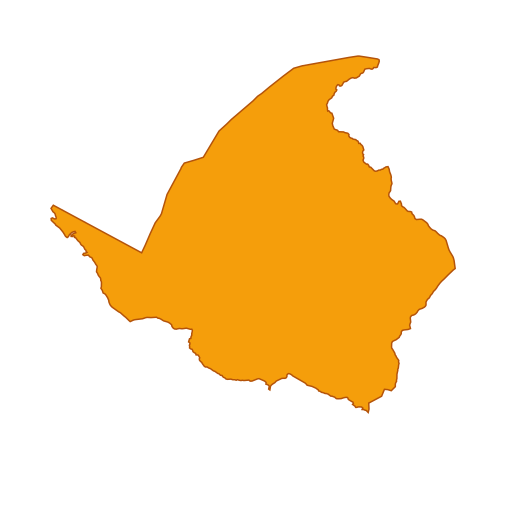 outline of Malava, Western, Kenya, rotated 258°
{"feature_id": "3690345B31807063616851", "entity_name": "Malava", "entity_type": "district", "adm_level": 2, "iso_a3": "KEN", "parent_name": "Kenya", "parent_adm1": "Western", "projection": "mercator", "projection_center": [34.832, 0.47], "detail": "fine", "context": "isolated", "style": "filled", "palette": "amber", "viewbox_px": 512, "rotation_deg": 258, "n_neighbors": 0, "source": "geoboundaries", "source_scale": "gbopen_adm2", "svg_char_len": 6068}
<svg xmlns="http://www.w3.org/2000/svg" viewBox="0 0 512 512"><g transform="rotate(258 256 256)"><path d="M122.1,241.7L125.6,243.1L126.6,244.2L127.4,245.9L128.2,248.1L129.5,249.9L130.9,255.8L130.6,257.9L130.3,258.9L130.7,260.4L131.8,261.2L133.0,261.4L133.9,262.3L134.2,263.5L133.6,264.8L132.3,266.2L131.1,267.0L121.6,277.6L120.3,278.5L119.0,279.1L116.8,283.7L114.2,287.2L113.2,288.0L112.3,289.0L111.0,289.2L110.4,290.4L109.0,291.8L108.3,293.4L107.2,294.9L106.7,296.5L105.9,297.8L103.4,300.0L103.0,301.4L102.2,302.5L101.7,303.5L99.8,304.9L99.3,306.5L98.8,309.6L99.1,312.2L99.1,314.0L98.8,315.7L97.8,316.4L96.5,316.5L93.8,319.3L93.0,320.4L91.5,320.6L90.8,319.6L88.5,321.6L87.2,322.0L87.0,323.1L87.1,324.6L86.8,326.3L86.3,327.9L85.0,328.9L83.8,327.9L83.3,329.6L82.5,330.6L82.0,331.7L79.6,333.2L82.8,334.7L88.7,335.7L92.7,349.7L98.9,353.9L97.9,357.1L96.1,360.3L99.2,365.1L101.9,365.7L103.1,366.4L104.1,367.4L105.4,367.6L106.8,368.3L111.1,369.3L114.6,370.9L115.8,371.1L116.8,371.9L119.9,372.9L121.2,373.6L122.7,373.4L124.2,373.9L127.7,372.4L129.2,372.1L130.6,371.5L132.0,371.6L136.4,370.2L137.6,369.6L139.0,369.7L142.6,370.6L143.8,371.5L144.3,372.5L145.0,375.7L146.6,379.1L148.0,380.1L149.1,381.4L150.0,382.0L151.5,382.3L152.8,383.6L152.9,385.5L152.5,389.4L152.9,392.0L156.4,391.9L157.9,392.7L159.2,393.6L163.3,394.0L164.5,394.6L165.5,396.1L165.5,397.8L165.8,399.1L166.4,400.4L167.6,402.0L168.9,403.1L169.9,404.7L170.2,407.7L171.0,410.2L171.8,411.4L172.7,412.1L175.6,412.7L177.2,414.0L178.4,415.5L179.0,416.8L181.1,418.5L182.5,420.5L184.4,422.2L185.8,424.4L187.2,426.0L188.8,427.5L191.0,430.0L192.7,432.3L194.4,435.2L197.7,440.2L201.4,446.2L202.3,448.2L210.2,448.8L213.0,448.7L214.6,448.4L219.8,446.6L221.6,446.1L223.9,445.8L231.6,445.2L233.3,444.7L234.5,444.0L235.9,442.8L237.3,441.4L238.1,440.1L240.5,438.3L241.9,437.5L243.4,436.4L244.7,434.2L246.1,432.9L247.8,431.9L249.6,431.0L251.4,430.7L253.0,429.9L256.6,426.8L257.5,425.7L257.9,424.0L258.3,420.5L259.6,419.2L261.1,419.2L262.8,418.8L265.0,417.4L266.6,417.4L267.3,416.5L268.1,413.9L269.0,413.1L271.5,411.7L272.8,410.8L273.7,409.7L275.0,408.8L276.6,409.1L279.6,408.6L279.8,407.2L277.5,405.3L277.8,403.8L279.3,403.0L280.8,402.6L283.2,400.4L284.7,399.4L286.8,398.5L288.3,398.6L289.9,399.2L291.9,401.2L295.6,402.3L296.9,402.9L298.4,404.0L299.9,404.1L301.5,404.0L303.5,404.2L304.7,404.7L306.0,404.8L307.6,404.7L310.6,404.2L313.3,404.3L316.0,403.7L316.1,401.6L315.5,400.1L315.2,398.9L314.5,398.0L314.7,396.7L314.2,395.5L314.5,394.1L314.0,392.2L314.0,390.7L314.7,389.4L319.0,386.7L319.5,385.4L321.4,385.0L322.7,384.3L322.8,383.2L325.5,380.9L327.6,380.6L328.9,381.6L330.2,381.9L331.6,381.5L332.8,382.3L333.8,381.6L335.4,381.8L336.5,382.4L337.3,383.5L341.0,383.2L342.3,382.6L343.4,381.7L344.5,381.4L344.8,379.9L346.1,379.9L347.3,379.5L348.1,378.4L349.1,377.8L350.1,375.3L351.1,374.5L351.6,373.4L352.6,372.3L354.1,371.7L355.5,372.2L357.0,371.3L358.3,368.4L359.1,367.6L360.4,362.6L362.0,361.9L363.8,359.0L367.5,358.2L369.9,358.2L374.6,360.6L379.9,359.9L380.5,358.7L382.9,357.4L382.9,356.3L384.2,356.3L386.0,356.7L387.8,356.5L389.5,356.6L390.7,357.7L392.3,358.5L393.7,360.0L395.0,363.0L396.4,364.0L397.1,365.6L398.5,366.2L399.7,367.2L400.6,368.8L401.7,369.6L402.7,368.8L404.4,369.4L405.7,370.4L406.6,371.6L406.2,372.7L405.0,373.0L404.6,374.2L405.0,375.5L407.8,377.9L408.1,379.6L408.0,380.9L409.7,384.2L410.3,386.2L410.3,387.9L409.5,389.2L409.3,391.1L410.5,394.5L412.4,396.1L412.8,397.2L412.8,398.4L413.5,399.4L416.1,401.3L416.2,403.0L415.9,405.9L415.2,406.9L414.6,408.3L415.0,409.5L415.9,410.3L415.3,412.6L415.6,414.0L417.0,414.7L419.4,416.3L421.0,417.1L422.5,417.1L423.5,415.7L427.5,405.4L430.1,398.5L430.4,396.9L430.9,388.4L432.4,340.7L431.8,331.9L426.3,320.1L418.6,304.5L413.8,295.4L411.9,290.8L408.3,285.3L394.7,260.3L391.1,254.7L385.9,245.8L363.5,225.0L362.5,215.0L361.8,205.2L358.2,201.4L357.0,200.7L334.7,181.8L317.0,172.3L314.9,170.5L309.5,164.4L299.9,157.2L289.6,149.9L282.9,144.8L347.8,68.3L345.2,65.4L341.5,66.6L340.3,67.6L339.1,68.2L337.1,68.3L335.5,68.6L334.1,68.3L334.0,66.9L335.6,64.8L335.3,63.4L333.4,63.2L328.9,66.3L327.8,66.6L324.2,69.8L319.7,72.1L317.6,72.9L314.8,73.8L313.3,75.1L313.9,76.5L315.6,77.9L317.4,80.9L317.7,82.6L317.7,84.1L316.2,84.6L315.8,81.8L315.0,80.6L314.7,79.4L313.6,79.2L313.2,80.6L313.7,81.7L313.1,82.7L311.9,82.3L311.3,83.4L308.1,84.9L305.8,86.6L304.3,86.9L303.0,87.5L301.8,88.7L300.7,89.4L298.1,90.0L297.1,90.8L295.8,90.8L294.7,91.5L294.3,89.7L294.4,87.9L293.3,86.9L292.0,88.1L292.0,89.9L291.7,92.2L289.7,93.3L288.8,94.6L287.9,95.3L286.1,95.6L283.4,96.9L281.1,97.6L279.7,98.3L278.5,98.5L275.6,97.3L273.7,96.7L272.0,97.4L270.1,97.7L268.4,98.4L267.1,99.2L265.7,99.3L264.3,99.1L263.2,99.4L262.0,99.3L258.2,98.4L256.7,97.6L254.3,98.5L251.6,98.8L250.6,100.1L249.5,100.9L246.0,102.2L243.3,102.7L241.5,102.6L239.6,102.9L237.9,103.4L235.9,104.6L229.9,110.1L228.8,111.5L224.8,114.4L223.0,115.9L219.2,118.4L218.0,119.3L218.8,122.7L218.9,124.2L218.2,132.1L218.6,135.0L218.6,136.7L217.6,140.4L216.8,146.0L215.6,147.1L215.1,148.5L213.9,150.0L211.8,152.1L209.7,156.0L208.5,157.4L207.3,158.4L206.1,159.2L205.0,159.1L203.7,159.5L202.6,160.1L201.6,161.1L201.0,162.9L201.1,164.4L201.0,166.3L200.4,167.8L200.1,169.4L199.9,172.9L198.0,176.5L197.7,178.0L196.6,178.3L195.0,177.8L193.7,177.1L191.9,176.7L190.4,175.6L188.9,175.1L188.9,173.8L186.0,172.2L184.9,173.2L183.7,173.1L182.6,172.3L181.2,172.3L179.9,171.9L178.7,172.8L178.0,174.1L176.9,174.4L175.5,174.5L174.2,175.6L173.3,176.7L171.7,176.8L171.3,178.6L169.7,179.4L168.1,179.8L167.1,179.1L165.8,179.1L164.4,179.8L163.2,180.8L162.0,181.1L158.9,182.5L158.0,183.4L157.6,185.1L156.1,186.7L155.3,188.0L152.5,190.5L151.7,191.8L149.1,194.2L148.4,195.4L146.8,196.4L146.1,198.1L145.1,198.3L144.1,199.0L143.3,200.2L142.0,201.0L141.3,202.4L140.8,205.8L139.8,207.6L139.4,209.5L138.6,210.8L138.9,212.1L137.9,213.9L137.3,215.4L137.3,216.8L136.7,218.3L136.1,223.2L134.8,224.3L134.5,226.1L135.5,232.0L135.4,233.5L131.9,238.4L130.3,239.6L128.5,239.1L127.8,240.5L126.9,241.4L125.8,241.9L123.2,240.7L122.1,241.7Z" fill="#f59e0b" stroke="#b45309" stroke-width="1.5"/></g></svg>